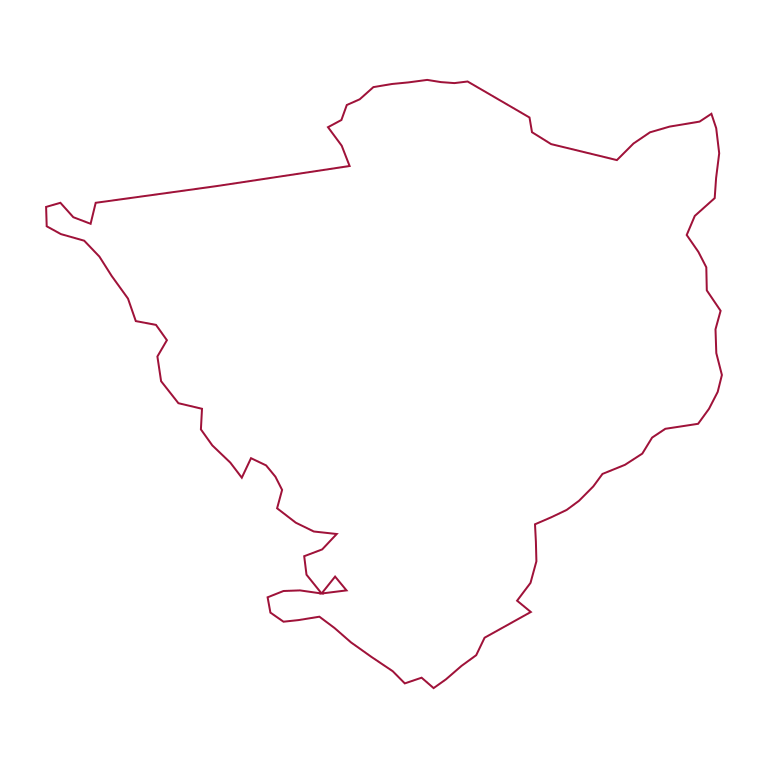 the district of Coronel Martins, Santa Catarina, Brazil
{"feature_id": "56859067B64546253501816", "entity_name": "Coronel Martins", "entity_type": "district", "adm_level": 2, "iso_a3": "BRA", "parent_name": "Brazil", "parent_adm1": "Santa Catarina", "projection": "albers", "projection_center": [-52.675, -26.542], "detail": "fine", "context": "isolated", "style": "outline", "palette": "rose", "viewbox_px": 768, "rotation_deg": 0, "n_neighbors": 0, "source": "geoboundaries", "source_scale": "gbopen_adm2", "svg_char_len": 1455}
<svg xmlns="http://www.w3.org/2000/svg" viewBox="0 0 768 768"><path d="M711.4,113.8L699.6,121.6L669.6,126.6L650.0,132.3L633.5,143.5L616.9,160.1L551.1,144.1L532.0,132.2L529.5,117.5L467.6,81.5L454.4,83.1L440.9,82.1L427.2,79.9L408.4,82.4L391.9,84.0L373.4,87.1L359.7,99.3L346.8,105.0L341.4,120.0L328.0,127.2L341.7,145.7L349.6,166.0L216.5,186.1L95.7,202.8L90.6,223.8L73.3,217.2L60.4,202.8L46.1,206.9L46.7,226.3L60.9,234.1L84.2,240.7L99.4,256.6L111.7,276.0L128.0,298.6L135.8,321.1L156.0,324.9L166.9,340.2L157.4,356.5L161.1,381.2L178.4,403.2L202.0,408.8L200.9,429.4L212.3,445.4L230.3,462.6L241.8,477.7L251.0,458.2L266.1,465.4L275.4,476.7L282.1,489.9L277.1,508.3L295.8,522.7L313.8,531.5L336.7,534.0L322.2,549.4L304.2,556.2L306.5,574.7L321.6,593.5L300.0,590.4L283.5,591.0L267.6,597.3L270.4,612.6L283.5,621.7L298.4,620.1L319.4,616.7L334.5,628.0L351.0,642.4L371.7,657.1L392.7,671.2L404.8,683.4L421.6,677.7L433.6,688.1L446.0,679.3L461.6,665.8L476.2,655.2L484.6,637.7L530.8,612.0L517.1,600.7L530.5,582.9L536.4,561.3L535.9,541.8L535.0,524.3L551.6,517.1L566.7,509.9L579.0,500.8L593.3,486.4L602.5,473.9L625.0,464.8L642.3,453.6L652.1,437.6L665.3,428.8L681.8,426.3L698.1,423.8L709.0,408.8L717.7,391.9L721.9,375.0L716.3,353.1L715.5,329.3L720.6,310.8L706.8,290.4L706.3,267.3L698.4,251.9L686.7,235.0L694.8,215.9L714.7,198.1L716.1,178.0L719.2,153.3L716.2,128.2L711.4,113.8ZM321.6,593.5L335.1,576.6L346.5,590.4L321.6,593.5Z" fill="none" stroke="#9f1239" stroke-width="2"/></svg>